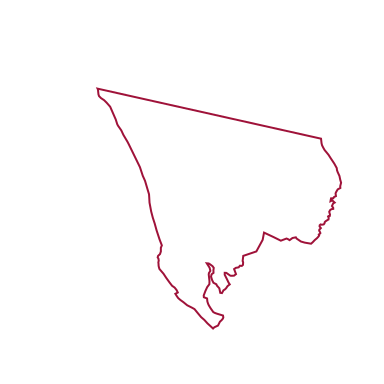 the district of Ngerdelolk, Palau, rotated 119°
{"feature_id": "81905179B51546394317477", "entity_name": "Ngerdelolk", "entity_type": "district", "adm_level": 2, "iso_a3": "PLW", "parent_name": "Palau", "parent_adm1": "", "projection": "equal_earth", "projection_center": [134.259, 7.007], "detail": "fine", "context": "isolated", "style": "outline", "palette": "rose", "viewbox_px": 384, "rotation_deg": 119, "n_neighbors": 0, "source": "geoboundaries", "source_scale": "gbopen_adm2", "svg_char_len": 2582}
<svg xmlns="http://www.w3.org/2000/svg" viewBox="0 0 384 384"><g transform="rotate(119 192 192)"><path d="M147.4,324.7L148.0,323.9L151.9,321.2L153.2,319.8L154.0,317.1L154.3,313.4L155.3,309.9L157.1,304.9L164.6,295.1L165.5,293.9L169.0,290.2L169.9,288.8L172.4,283.7L175.3,279.7L176.3,278.0L179.4,272.7L181.0,270.3L195.5,249.6L201.7,242.9L205.0,238.5L211.0,232.4L214.8,228.5L217.6,226.7L221.9,224.0L228.9,218.2L233.5,213.8L237.6,209.4L242.7,204.4L249.2,197.4L253.3,192.5L255.9,192.2L259.1,190.4L261.8,189.9L264.3,190.7L265.9,190.3L266.5,189.1L268.2,187.8L269.9,187.3L271.0,186.5L272.8,185.4L273.9,184.4L275.1,183.2L276.0,180.8L277.3,177.3L279.5,173.1L282.0,167.8L283.7,163.9L284.0,160.9L285.2,158.0L286.8,155.7L289.1,157.2L290.5,154.7L291.5,152.6L292.1,149.7L292.5,146.2L293.4,141.3L293.2,136.1L293.2,133.1L295.1,128.3L297.0,123.4L297.9,119.2L299.4,114.8L300.5,110.2L301.2,107.4L299.5,106.9L296.2,104.5L291.9,104.7L289.9,104.0L287.8,103.6L286.5,103.8L285.0,105.0L286.4,111.5L286.7,113.5L286.7,115.2L284.7,119.3L283.0,122.3L281.9,123.8L280.3,125.5L277.8,127.2L278.3,130.6L276.8,131.6L271.9,132.3L267.8,132.6L264.2,132.1L261.5,133.5L256.0,137.4L254.7,137.9L252.1,137.7L249.7,139.9L247.2,144.5L246.4,142.7L246.5,141.1L246.9,138.1L247.8,136.2L250.1,135.3L252.3,134.0L254.5,135.0L256.8,134.3L259.3,131.7L261.0,129.2L260.9,126.0L261.8,124.8L263.0,121.4L266.5,118.4L265.9,116.8L262.7,116.8L261.3,116.0L259.6,115.5L257.1,115.3L254.5,114.2L253.5,116.1L251.5,118.9L248.5,123.3L246.8,124.2L246.1,122.8L246.6,117.9L246.0,116.6L244.8,114.7L242.5,113.7L239.0,117.8L237.1,116.9L235.3,114.7L233.2,114.3L232.5,112.6L231.0,112.1L228.7,113.2L227.7,114.2L227.7,114.3L223.0,116.2L212.8,106.9L199.6,107.0L192.6,109.3L191.9,99.1L191.5,90.7L186.9,86.8L186.7,85.5L186.8,83.3L183.5,81.8L181.3,79.2L182.0,78.0L182.5,72.7L181.6,68.8L179.5,62.8L177.5,62.1L174.4,61.3L171.8,60.3L169.7,59.8L168.4,59.7L167.7,60.5L166.7,60.0L165.7,59.8L164.9,60.8L164.2,62.0L163.1,62.4L162.3,62.1L161.1,61.8L160.3,63.7L159.2,64.2L158.0,63.8L157.7,62.6L156.5,61.1L155.3,60.9L154.0,61.3L152.9,61.0L151.8,60.4L150.6,59.8L149.9,59.3L148.3,59.9L147.5,61.1L146.9,61.0L146.1,59.9L144.8,60.4L142.8,62.4L140.8,62.4L139.4,61.7L138.3,60.3L137.4,60.8L136.4,62.8L133.5,63.0L132.1,62.1L131.3,65.3L132.9,66.4L131.5,66.9L130.1,67.3L129.0,65.4L127.5,65.3L125.8,64.1L123.7,65.7L122.7,65.9L121.1,65.9L119.0,65.8L116.6,64.2L115.0,65.2L111.6,66.1L109.3,68.4L106.5,70.8L104.0,74.2L102.6,75.8L100.9,77.0L98.2,81.3L95.2,87.1L93.3,90.6L91.0,96.4L89.6,98.7L88.1,100.9L86.6,102.3L82.8,105.0L147.4,324.7Z" fill="none" stroke="#9f1239" stroke-width="2"/></g></svg>